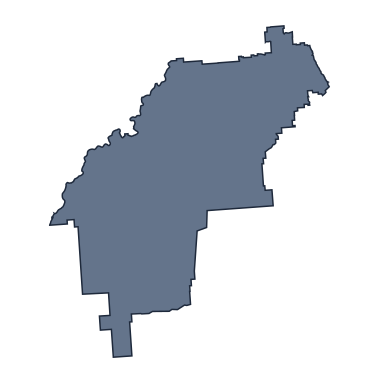 the district of Chapman Valley, Western Australia, Australia, rotated 176°
{"feature_id": "25037944B4139819915576", "entity_name": "Chapman Valley", "entity_type": "district", "adm_level": 2, "iso_a3": "AUS", "parent_name": "Australia", "parent_adm1": "Western Australia", "projection": "orthographic", "projection_center": [115.126, -28.272], "detail": "fine", "context": "isolated", "style": "filled", "palette": "slate", "viewbox_px": 384, "rotation_deg": 176, "n_neighbors": 0, "source": "geoboundaries", "source_scale": "gbopen_adm2", "svg_char_len": 5954}
<svg xmlns="http://www.w3.org/2000/svg" viewBox="0 0 384 384"><g transform="rotate(176 192 192)"><path d="M282.0,32.7L263.4,32.7L263.3,66.7L261.0,66.7L261.0,74.5L251.5,74.3L250.7,73.9L243.4,73.8L239.8,75.6L223.0,74.6L220.2,76.3L214.7,75.7L207.4,79.7L207.2,79.7L205.1,79.2L201.3,80.0L201.3,93.0L200.9,93.0L200.9,98.6L199.1,98.6L199.1,104.9L195.2,104.9L195.2,112.9L189.6,152.8L179.9,155.6L178.2,172.4L112.0,172.6L112.1,188.6L118.9,188.6L119.0,193.1L120.3,193.1L120.3,215.2L118.6,215.2L118.7,220.6L116.0,220.6L116.1,227.0L112.0,229.7L109.7,230.8L107.8,233.6L106.7,233.6L106.4,233.7L105.1,234.9L105.0,235.2L105.0,238.7L102.2,238.7L102.2,241.3L102.5,242.0L103.8,243.6L103.9,244.4L98.3,244.4L98.3,249.8L84.6,249.9L84.6,251.1L87.1,251.1L87.1,256.4L84.6,256.5L84.6,261.2L84.4,261.2L84.4,265.1L80.9,265.6L80.9,268.6L74.1,268.5L74.0,271.6L70.2,271.5L70.2,270.4L68.5,270.4L68.7,272.3L68.4,273.1L68.4,273.3L69.6,274.9L69.7,275.1L69.5,276.2L69.7,276.9L69.9,278.9L69.0,278.9L69.6,280.3L69.7,281.7L69.7,282.0L69.7,282.8L69.7,284.9L65.0,284.9L64.5,282.6L59.1,282.7L59.1,282.2L59.3,281.8L59.2,280.8L55.8,280.8L55.0,279.1L52.5,281.0L51.4,282.1L52.0,283.9L47.8,287.4L48.2,288.4L49.0,289.7L49.1,290.9L49.0,291.1L48.7,291.3L48.7,291.7L48.8,291.8L49.0,291.4L49.5,292.4L49.4,292.6L49.1,292.6L50.0,293.2L50.8,294.8L51.1,295.3L51.4,295.9L51.4,296.6L51.7,297.0L51.9,297.7L52.1,297.9L52.7,299.5L53.8,300.2L54.9,301.4L55.0,302.7L55.1,303.3L55.8,304.1L56.7,306.6L58.0,308.6L58.2,309.7L59.0,310.8L59.2,311.6L59.2,312.5L59.3,312.8L59.6,313.3L60.0,313.8L60.2,314.6L60.9,315.4L61.4,319.2L61.7,319.7L61.8,320.2L62.5,320.2L62.2,320.8L61.7,321.6L61.7,321.9L61.7,322.2L62.3,323.0L62.3,323.4L62.0,323.9L62.1,324.1L62.7,324.7L63.5,326.5L64.1,328.4L64.3,329.9L66.5,329.9L66.8,330.7L69.5,330.6L69.5,333.0L73.6,333.0L73.6,331.6L77.7,331.6L77.7,332.2L81.1,332.3L81.1,339.6L80.9,339.6L80.8,344.8L84.0,343.9L85.0,343.8L87.0,344.3L87.6,344.3L88.1,344.1L89.0,343.3L89.3,343.9L89.8,344.3L89.9,348.4L88.7,348.9L88.7,351.3L102.1,351.2L102.4,350.9L105.8,350.9L105.9,346.5L108.3,346.4L108.3,336.3L108.0,336.6L107.5,336.7L104.9,336.6L103.7,336.9L103.1,336.9L103.0,337.1L103.1,325.4L109.3,325.5L109.3,323.9L110.0,323.6L110.2,323.8L113.7,324.9L115.0,324.9L115.9,325.2L117.1,325.2L117.1,323.5L120.5,323.5L120.8,324.4L123.4,324.4L123.4,322.3L131.4,322.4L131.4,323.2L133.3,323.2L133.3,323.9L136.0,323.9L136.0,320.7L135.4,320.4L135.6,319.1L157.0,319.0L157.0,318.8L172.9,318.8L173.0,322.2L191.3,322.2L191.3,326.0L198.2,326.0L198.2,324.2L203.7,324.2L204.2,323.7L206.5,322.3L206.8,321.4L206.8,321.0L206.5,320.3L205.8,319.2L205.6,318.6L205.6,318.1L208.0,316.1L208.8,314.9L209.6,313.2L211.3,310.6L211.3,310.0L210.5,307.7L210.4,306.9L210.5,305.6L210.8,304.9L212.1,304.1L214.2,303.7L214.7,303.5L216.7,300.6L217.4,300.2L217.9,300.2L218.7,301.0L219.1,301.7L219.4,302.7L220.7,302.6L221.1,302.2L221.6,300.2L222.3,298.6L224.3,297.1L225.6,295.6L226.1,294.7L226.6,292.8L227.3,291.5L227.8,291.3L228.9,291.6L230.0,291.6L231.0,291.4L232.9,290.6L233.9,289.8L234.8,290.0L235.3,289.9L235.6,289.3L235.9,288.1L235.8,285.5L235.5,284.6L234.8,284.0L234.4,283.3L234.4,282.9L234.5,282.4L234.9,282.0L236.7,281.6L237.0,281.5L237.2,281.0L237.5,279.1L238.2,276.3L237.9,274.7L237.8,272.9L238.1,272.3L238.9,271.8L240.4,272.1L241.7,271.8L242.2,271.4L242.8,270.6L243.3,270.4L244.2,270.5L245.1,270.9L246.4,270.9L247.9,270.0L248.3,269.7L248.6,269.2L248.7,268.4L248.3,267.7L247.7,267.4L245.9,267.4L245.0,267.2L244.7,267.0L244.3,266.2L244.1,265.4L244.2,265.0L244.1,264.4L244.4,263.5L244.6,263.2L244.7,262.9L245.7,261.2L245.6,260.4L245.5,260.0L245.5,259.8L245.8,259.5L245.9,259.2L243.9,257.3L242.1,256.1L241.7,255.4L241.7,255.0L241.9,254.5L242.9,253.7L243.5,253.4L244.5,253.0L244.5,252.9L246.0,252.6L247.0,252.1L248.4,251.8L248.5,251.7L248.9,252.0L249.2,251.9L249.4,252.2L250.1,252.3L250.7,252.8L251.1,252.8L251.8,253.1L251.8,254.6L255.0,254.6L255.0,252.8L255.3,252.7L256.0,251.9L256.2,252.0L256.4,251.9L256.8,251.5L257.0,251.1L257.6,251.0L257.9,251.1L258.6,252.0L258.7,252.5L259.0,252.7L259.0,253.0L259.5,253.9L259.8,255.1L260.2,255.7L260.2,256.5L259.6,257.0L259.4,257.9L259.5,258.9L259.9,259.6L260.7,259.9L261.1,259.9L262.4,259.2L263.7,259.0L265.8,258.2L266.4,257.8L266.9,257.1L267.7,255.3L267.8,254.5L267.9,254.2L270.3,253.3L271.3,252.6L271.9,251.9L271.9,251.5L271.7,250.9L271.5,250.5L271.2,248.7L270.2,246.9L270.1,246.4L270.1,245.9L270.2,245.4L271.0,244.4L271.3,244.2L272.1,244.2L273.3,245.3L274.4,245.8L275.1,245.9L276.1,245.3L277.4,243.6L278.0,243.1L278.5,243.0L279.3,243.2L280.4,243.9L281.7,244.3L282.5,244.4L283.0,244.1L283.3,243.8L283.7,243.5L285.1,241.8L285.9,241.4L286.5,241.2L288.1,241.7L289.6,241.7L291.3,241.3L292.4,240.6L292.9,240.1L293.4,239.2L293.6,238.2L293.8,236.7L294.3,235.9L295.1,235.1L296.5,234.4L297.0,233.8L297.1,233.1L296.7,231.5L296.3,230.7L296.2,229.7L297.3,228.4L297.7,227.6L297.9,226.5L299.0,224.9L299.5,224.0L300.1,222.7L300.4,221.4L300.4,220.6L299.6,220.0L299.2,219.4L299.1,218.7L299.3,217.9L299.6,217.6L299.9,217.5L300.1,217.1L301.7,216.2L303.8,215.7L304.1,215.5L304.7,214.7L305.5,214.2L306.7,213.6L307.8,213.3L308.3,212.8L308.8,212.0L308.9,211.6L309.2,211.4L309.5,210.7L310.9,210.0L311.5,209.5L313.0,209.5L313.3,209.4L313.9,209.4L315.5,210.1L316.3,209.7L317.0,208.8L317.2,208.1L317.1,206.9L317.4,206.3L317.4,205.9L318.2,203.7L319.1,202.0L320.1,200.8L321.3,199.5L321.5,198.8L321.7,197.1L321.6,195.5L321.1,194.1L319.9,192.8L319.5,192.0L319.6,190.5L320.6,188.2L321.8,186.2L322.7,185.7L323.6,184.8L324.5,184.5L325.5,183.9L326.4,183.5L327.3,182.5L328.2,181.2L328.8,180.6L329.7,180.1L330.6,180.1L330.9,180.3L330.8,180.0L332.0,178.4L332.8,176.9L333.1,176.7L333.5,176.7L333.5,176.3L333.6,176.1L333.6,175.8L332.9,176.4L332.5,176.5L332.5,176.2L334.7,172.6L335.1,171.7L335.2,170.8L335.6,170.3L335.6,170.2L336.0,169.7L336.2,168.8L318.6,168.8L318.6,172.7L311.6,172.7L311.6,165.3L308.1,165.3L308.3,97.7L282.3,97.2L282.4,74.6L293.0,74.7L293.0,60.6L282.0,60.6L282.0,32.7Z" fill="#64748b" stroke="#1e293b" stroke-width="1.5"/></g></svg>